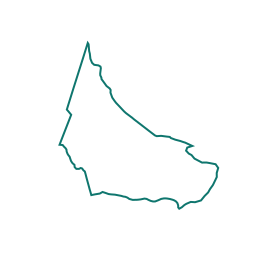 Santana do Ipanema, Alagoas, Brazil, rotated 69°
{"feature_id": "56859067B18090298356879", "entity_name": "Santana do Ipanema", "entity_type": "district", "adm_level": 2, "iso_a3": "BRA", "parent_name": "Brazil", "parent_adm1": "Alagoas", "projection": "equal_earth", "projection_center": [-37.2, -9.346], "detail": "fine", "context": "isolated", "style": "outline", "palette": "teal", "viewbox_px": 256, "rotation_deg": 69, "n_neighbors": 0, "source": "geoboundaries", "source_scale": "gbopen_adm2", "svg_char_len": 1668}
<svg xmlns="http://www.w3.org/2000/svg" viewBox="0 0 256 256"><g transform="rotate(69 128 128)"><path d="M167.8,74.4L162.1,79.9L160.7,81.7L158.9,83.8L155.8,88.1L152.7,91.6L151.3,92.2L149.9,94.9L147.2,99.9L145.9,104.1L144.6,105.5L137.6,109.8L122.2,119.2L120.0,120.4L113.3,124.6L111.1,125.7L100.1,130.2L97.7,130.9L94.0,131.8L88.8,131.7L86.3,130.6L84.6,130.9L81.1,133.0L75.0,134.6L72.9,135.2L71.4,134.8L68.8,135.0L67.1,134.4L62.4,131.9L60.8,131.7L59.0,133.1L56.9,136.9L54.3,138.2L49.9,138.3L44.9,137.0L42.3,136.7L35.7,134.8L34.2,135.1L45.7,144.2L71.9,165.1L84.8,175.3L88.9,178.5L91.1,177.7L95.3,176.3L115.1,194.3L119.1,197.9L120.5,195.1L122.6,194.4L124.3,193.6L126.0,193.2L128.0,193.7L130.4,193.7L132.0,193.4L133.8,192.8L135.8,192.9L138.3,193.0L140.4,192.6L141.8,192.0L143.1,191.2L145.4,191.8L147.6,190.9L148.6,188.4L148.4,186.5L149.4,185.3L151.5,184.8L153.1,183.9L155.5,184.1L159.9,184.6L171.8,185.8L174.4,186.0L177.5,186.3L178.1,182.7L179.1,177.8L178.6,174.7L180.7,172.1L182.7,169.8L183.8,167.8L184.6,166.1L185.6,164.0L188.9,158.7L190.3,156.9L191.3,155.1L192.8,153.5L194.7,152.2L196.7,149.5L197.8,146.6L198.5,144.5L199.2,141.7L199.8,137.9L200.9,136.0L202.5,134.6L204.2,132.9L205.6,130.9L206.3,129.0L206.3,125.7L206.1,122.4L206.6,119.7L207.6,117.2L209.3,114.3L211.0,112.0L212.2,110.7L213.8,109.5L215.8,108.8L218.2,108.9L220.2,109.6L221.7,109.1L221.3,106.2L220.1,102.9L219.7,100.7L219.5,95.9L221.3,92.0L221.8,85.8L218.9,80.8L216.9,76.3L214.4,73.3L211.7,69.2L210.6,68.0L205.6,62.7L201.8,61.3L197.6,58.1L193.2,59.2L190.2,64.0L188.4,67.0L186.8,71.3L180.4,76.9L176.0,78.4L173.7,80.4L170.0,81.9L167.5,79.7L167.8,74.4Z" fill="none" stroke="#0f766e" stroke-width="2"/></g></svg>